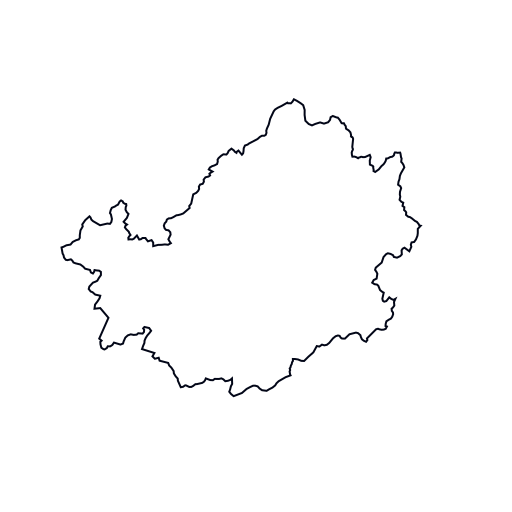 outline of Jerantut, Pahang, Malaysia, rotated 48°
{"feature_id": "92858781B18339216088795", "entity_name": "Jerantut", "entity_type": "district", "adm_level": 2, "iso_a3": "MYS", "parent_name": "Malaysia", "parent_adm1": "Pahang", "projection": "natural_earth1", "projection_center": [102.515, 4.261], "detail": "fine", "context": "isolated", "style": "outline", "palette": "ink", "viewbox_px": 512, "rotation_deg": 48, "n_neighbors": 0, "source": "geoboundaries", "source_scale": "gbopen_adm2", "svg_char_len": 6140}
<svg xmlns="http://www.w3.org/2000/svg" viewBox="0 0 512 512"><g transform="rotate(48 256 256)"><path d="M289.4,86.5L287.1,85.5L285.0,85.1L283.2,85.1L280.9,82.5L279.8,82.2L276.7,80.2L275.6,79.7L273.9,81.9L272.8,82.6L272.0,83.5L272.6,85.0L273.3,85.8L273.5,86.9L273.3,88.5L272.3,90.0L271.6,92.9L270.7,94.0L272.0,95.8L272.6,97.4L273.1,99.3L273.2,101.1L273.1,102.4L273.8,106.8L273.3,111.2L271.5,111.8L270.8,111.0L268.8,109.8L268.0,109.0L267.0,109.0L264.3,110.2L261.2,107.6L259.3,104.7L257.0,103.8L255.5,108.6L254.8,109.6L254.0,110.5L253.1,111.0L252.4,111.8L252.2,112.8L251.7,113.6L251.7,114.7L251.1,115.0L250.1,115.1L248.0,116.3L246.7,117.9L245.1,117.1L243.2,115.7L242.5,114.6L241.9,113.1L241.4,112.4L240.4,112.1L239.3,111.4L234.0,105.5L232.7,104.9L232.0,104.9L231.4,105.4L230.5,105.3L229.9,104.5L227.3,103.1L224.6,103.1L221.8,103.9L220.9,103.5L220.3,102.9L219.4,102.4L217.5,102.3L216.3,101.8L215.7,102.3L215.3,103.0L214.6,103.5L210.6,102.7L207.9,102.6L207.0,103.4L203.3,105.3L202.8,107.7L204.4,109.9L204.9,112.9L203.1,116.9L199.6,119.0L197.5,123.6L196.4,127.0L193.2,128.5L188.5,128.8L183.7,125.5L180.0,122.1L175.5,120.0L172.3,120.6L168.0,121.8L164.9,123.0L165.7,125.5L165.9,127.9L163.8,130.1L163.0,130.1L161.6,136.6L160.4,140.7L159.9,143.8L160.3,146.0L163.5,153.6L166.9,158.7L168.6,162.6L169.8,164.6L171.5,165.8L172.5,167.7L172.2,169.3L170.6,171.1L170.1,173.4L170.1,176.6L167.7,186.0L167.6,187.7L166.5,190.3L167.7,193.0L169.8,195.2L171.1,196.9L171.3,198.7L165.9,198.5L165.7,200.7L166.2,201.5L164.3,202.0L162.8,201.8L159.8,202.4L159.6,206.0L160.6,208.3L160.8,210.1L158.6,212.2L158.2,214.8L158.2,218.3L158.7,220.1L160.3,221.3L161.6,223.4L160.9,226.2L159.8,228.7L159.4,231.1L160.1,233.2L164.2,231.8L163.7,234.4L163.7,235.6L165.4,236.2L165.2,238.1L163.7,240.9L164.2,243.8L165.9,245.0L166.7,247.3L165.5,249.7L166.2,252.0L168.1,253.4L168.9,255.4L169.1,258.1L168.2,261.4L173.7,269.1L174.2,272.2L175.9,273.2L175.7,281.6L174.7,284.2L173.5,286.5L172.5,287.9L171.8,291.4L171.1,293.8L169.6,295.8L169.3,297.9L170.4,299.7L170.6,302.0L171.8,304.2L174.3,305.4L176.4,305.4L178.4,303.8L181.0,303.8L183.0,305.2L184.9,309.9L187.4,310.5L189.5,310.7L188.8,313.8L186.4,316.0L184.5,318.7L182.3,321.2L179.9,325.8L177.2,323.4L174.3,323.0L172.8,326.5L169.3,326.3L168.7,326.1L166.7,328.3L166.5,330.3L165.6,331.8L161.1,330.8L161.4,335.3L160.9,336.9L159.4,338.3L158.4,339.7L157.0,338.7L156.5,336.8L156.4,335.2L154.3,334.9L152.8,334.3L149.1,334.5L147.0,334.3L146.2,332.8L146.3,330.8L144.4,331.4L142.0,331.5L141.3,326.5L139.4,322.6L137.0,322.7L134.3,322.0L132.5,320.1L131.8,318.6L130.5,317.7L129.3,318.6L127.5,319.0L126.3,318.5L124.4,319.1L124.3,320.9L125.5,324.2L125.0,326.0L124.8,327.8L123.7,330.9L124.7,333.3L126.4,335.8L128.0,336.0L132.1,338.3L133.9,340.7L134.4,343.0L132.4,344.8L128.8,351.3L121.0,353.8L118.8,354.0L116.6,353.2L115.1,353.2L115.1,358.9L116.3,364.0L118.1,365.0L119.5,369.3L122.6,373.0L124.6,374.8L125.1,376.6L123.9,379.1L122.9,382.8L123.4,386.2L121.2,389.7L120.3,393.0L119.5,394.8L124.8,398.1L126.6,398.5L128.7,399.7L131.6,399.9L132.9,398.9L134.6,395.8L136.5,395.6L138.7,396.0L140.7,395.0L144.8,392.2L148.4,391.5L151.1,391.5L155.3,388.7L157.7,389.7L159.9,388.9L159.4,386.8L158.4,385.4L160.2,384.0L161.9,382.4L164.0,381.9L166.4,384.0L167.2,387.5L168.2,390.5L167.7,392.4L166.7,395.0L167.2,400.3L168.6,402.4L171.8,402.6L173.5,401.7L177.1,401.3L181.3,398.3L182.7,400.5L183.7,404.2L184.4,408.1L187.1,411.3L190.5,406.6L203.2,407.0L212.5,427.8L215.6,427.4L215.6,429.1L217.6,430.7L220.7,432.3L223.1,431.7L224.1,431.1L224.6,428.5L223.9,426.6L225.6,424.8L226.0,422.3L225.3,419.5L231.1,416.0L232.1,413.4L230.9,411.5L229.2,407.7L229.2,404.4L230.4,401.5L232.8,399.7L234.6,397.3L234.6,395.2L237.8,392.2L237.5,390.1L236.0,388.5L234.3,388.3L234.1,386.4L238.0,383.6L241.4,384.0L241.9,386.6L242.3,389.9L243.1,392.8L244.3,395.4L246.0,397.2L247.2,399.9L248.9,403.0L260.1,396.4L261.3,400.1L264.7,399.9L266.5,396.4L269.3,397.7L276.7,392.8L279.3,393.8L282.3,393.6L286.4,394.2L288.3,395.6L291.7,396.2L294.7,396.2L296.4,397.5L303.2,399.7L304.4,397.7L304.7,395.2L305.3,394.6L308.7,393.2L310.0,391.7L310.5,389.7L310.7,386.8L311.7,385.6L314.3,380.9L314.6,378.9L314.3,377.1L313.4,375.2L317.6,373.0L319.5,371.1L319.7,368.9L322.6,365.8L323.8,363.6L325.8,362.8L328.5,362.6L330.0,360.3L330.9,357.9L330.9,355.8L335.1,359.3L336.0,361.8L337.9,364.6L339.0,366.7L341.8,366.9L345.2,366.4L348.4,358.1L348.5,352.0L349.4,348.3L350.4,345.0L351.8,343.4L354.0,342.0L356.9,342.0L359.8,341.3L363.3,338.3L363.8,335.6L364.8,331.8L365.0,328.3L364.3,326.0L364.2,323.0L365.9,315.0L367.8,310.2L366.8,309.9L364.3,308.3L363.6,306.9L362.1,306.2L361.9,305.0L360.7,303.3L360.3,301.9L359.1,300.3L358.7,298.8L357.2,297.5L358.6,296.0L361.0,294.0L364.2,292.5L366.2,290.5L365.9,284.4L366.0,277.9L363.6,271.1L365.7,269.5L366.0,266.3L368.1,265.0L369.4,262.8L369.6,259.7L368.7,253.8L368.9,250.5L369.9,248.3L371.3,247.3L373.3,247.7L374.9,247.3L376.9,245.2L376.7,238.9L379.8,233.0L381.6,231.8L384.7,231.4L386.2,232.2L388.8,233.0L391.1,232.6L393.4,231.6L393.0,229.5L391.5,228.7L390.8,215.8L391.7,214.0L393.0,213.4L394.9,212.0L396.2,210.3L396.9,208.3L396.0,205.9L394.7,206.6L393.2,205.0L391.8,202.8L392.2,199.9L392.8,197.7L392.3,195.4L391.0,193.0L389.6,192.0L387.7,191.8L385.9,190.5L385.9,188.7L385.4,186.4L382.5,184.2L381.1,181.1L380.6,183.2L378.4,184.2L375.9,184.6L376.7,189.3L375.7,191.3L374.2,191.7L372.3,190.7L368.7,185.6L367.0,186.2L364.3,186.6L359.9,185.0L358.2,185.2L356.2,186.8L353.6,187.5L352.6,184.6L353.5,181.5L350.4,177.7L348.4,177.1L346.0,176.8L344.8,174.8L345.0,167.0L342.1,161.9L341.7,158.1L342.2,156.2L344.5,154.6L347.2,153.6L348.9,154.2L351.6,152.3L352.6,148.9L352.4,146.6L349.2,144.0L348.7,142.1L349.2,140.1L355.1,138.9L353.1,134.4L351.2,133.4L350.0,131.3L351.4,129.1L350.7,126.0L349.0,122.5L347.3,120.5L344.1,117.6L343.7,113.4L342.6,114.2L341.4,113.8L338.3,113.6L336.3,114.4L332.2,115.0L330.0,115.6L328.7,116.6L325.8,117.0L324.1,115.2L323.1,115.0L320.9,115.2L319.0,113.1L316.8,113.6L314.9,110.9L313.0,111.7L310.3,111.7L308.5,109.1L306.6,108.0L304.6,106.0L302.7,102.7L300.8,102.1L298.1,102.7L296.1,100.3L294.9,98.0L292.7,95.4L291.5,92.9L289.4,86.5Z" fill="none" stroke="#020617" stroke-width="2"/></g></svg>